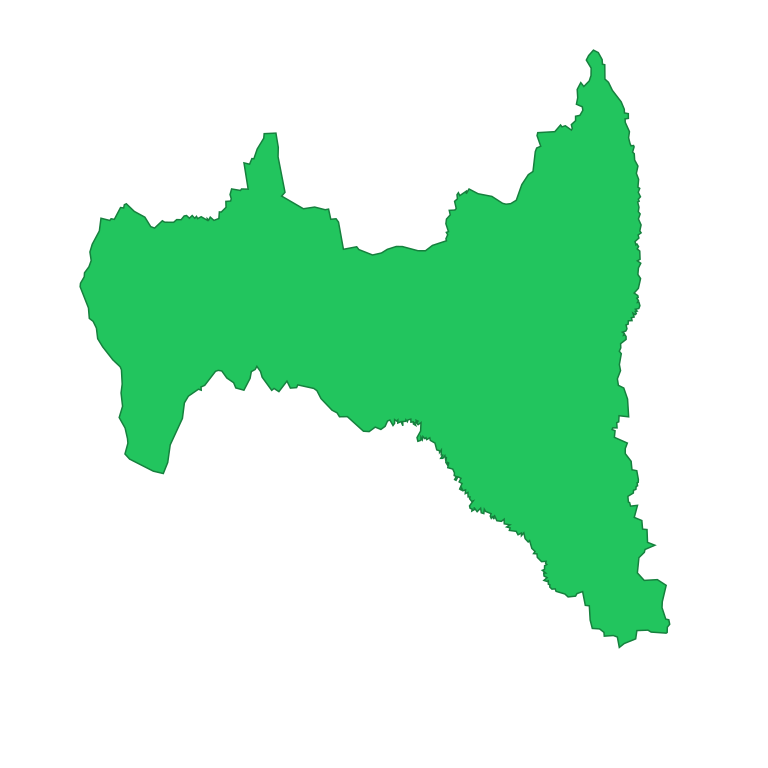 outline of Na Bon, Nakhon Si Thammarat, Thailand, rotated 171°
{"feature_id": "78962969B4441489097555", "entity_name": "Na Bon", "entity_type": "district", "adm_level": 2, "iso_a3": "THA", "parent_name": "Thailand", "parent_adm1": "Nakhon Si Thammarat", "projection": "equal_earth", "projection_center": [99.547, 8.282], "detail": "fine", "context": "isolated", "style": "filled", "palette": "green", "viewbox_px": 768, "rotation_deg": 171, "n_neighbors": 0, "source": "geoboundaries", "source_scale": "gbopen_adm2", "svg_char_len": 6159}
<svg xmlns="http://www.w3.org/2000/svg" viewBox="0 0 768 768"><g transform="rotate(171 384 384)"><path d="M246.5,152.3L238.2,148.3L235.5,144.9L228.0,144.5L226.2,146.8L220.3,147.9L219.8,133.9L215.9,132.8L217.3,118.6L216.5,110.0L209.4,108.4L205.6,104.3L205.9,100.5L196.8,99.7L193.1,97.6L192.8,87.0L187.3,90.1L175.3,92.9L172.8,100.9L161.8,99.6L159.0,97.2L144.3,93.8L143.2,94.3L142.2,99.5L139.4,102.0L139.6,106.6L142.5,107.7L144.4,119.6L143.2,125.4L136.8,141.0L144.6,148.0L157.7,149.3L163.3,157.8L159.4,172.6L153.2,177.0L152.1,179.7L141.7,182.4L148.5,186.4L147.0,199.1L151.3,200.2L150.7,208.8L157.7,213.1L152.6,224.5L159.6,224.8L160.0,228.5L161.1,229.1L160.7,234.9L154.8,237.3L154.2,240.0L151.7,240.5L151.0,243.3L149.5,243.8L149.5,246.8L148.3,247.1L147.7,249.9L147.9,258.8L152.5,260.5L152.0,269.0L156.6,277.5L155.8,282.5L152.9,287.6L164.8,295.3L163.1,301.7L165.9,303.4L164.8,304.9L160.7,304.2L160.2,309.4L158.1,309.9L156.8,315.9L147.5,313.3L145.8,331.0L147.8,342.5L152.7,346.0L152.7,352.6L148.3,360.2L148.5,366.4L144.9,376.8L146.5,379.6L144.5,382.6L144.0,386.8L137.9,390.2L137.5,393.1L138.3,394.8L139.8,394.6L138.7,396.3L140.4,397.9L136.9,398.5L135.4,400.5L135.7,404.5L133.5,404.9L132.8,408.2L129.1,407.8L129.3,410.8L126.5,411.0L127.0,415.0L125.2,413.2L123.8,414.0L124.5,416.3L122.6,416.4L124.0,418.5L120.5,418.7L119.0,421.3L119.4,424.9L120.9,424.9L119.6,426.6L120.9,429.2L119.4,429.8L119.5,431.6L122.7,434.7L117.8,438.7L114.1,448.0L116.1,452.5L114.5,458.9L111.5,463.1L114.5,466.0L111.6,467.1L110.6,475.3L112.8,477.8L111.1,479.9L112.3,482.7L113.4,482.0L113.8,485.4L109.4,488.3L109.7,491.4L106.4,493.1L107.4,495.2L105.2,500.9L106.9,507.2L104.4,511.9L105.9,514.4L104.5,518.7L105.0,524.1L103.4,524.6L103.9,526.8L101.4,528.8L102.9,533.6L100.8,537.2L102.4,538.7L100.5,546.3L101.8,552.6L99.1,559.5L101.4,566.0L100.8,572.3L102.2,574.1L99.9,579.1L100.2,580.5L102.7,580.6L103.4,583.0L103.9,589.0L102.1,594.8L104.8,604.7L104.4,608.1L101.1,608.1L100.4,612.8L104.1,614.1L103.7,617.8L105.6,625.6L112.5,638.3L115.1,646.9L118.1,650.6L116.0,664.8L118.2,665.7L117.8,670.3L120.5,677.8L124.9,681.0L130.5,676.4L133.5,672.3L130.0,663.6L131.3,656.2L133.9,651.2L140.1,646.6L142.5,650.9L147.1,644.7L147.9,636.4L150.2,630.2L144.8,626.8L144.8,623.2L148.5,618.7L152.9,618.5L153.6,614.1L158.4,610.9L158.1,606.9L159.2,605.5L164.5,610.7L168.0,610.1L169.1,612.2L175.8,606.5L192.8,608.2L194.0,605.4L192.0,594.3L196.3,593.2L198.2,589.9L203.6,570.6L208.7,568.2L216.7,559.4L224.6,544.8L230.6,542.3L235.3,542.5L238.6,543.9L248.1,552.4L261.3,557.2L269.5,563.3L273.0,559.0L272.5,561.6L279.7,558.2L280.6,561.3L282.3,559.5L282.5,555.4L285.7,553.4L285.2,546.0L286.8,544.7L292.4,545.3L292.1,540.7L296.5,537.1L297.8,532.6L296.5,524.4L298.7,524.0L297.7,521.5L300.1,517.8L299.9,515.7L314.5,513.3L322.2,509.1L329.6,510.3L344.4,516.9L350.4,517.9L359.6,516.5L366.0,513.8L375.1,513.2L387.8,520.7L389.5,523.8L403.0,523.4L403.6,551.0L405.5,554.7L410.8,555.0L411.4,565.4L414.8,565.3L424.8,569.6L436.2,569.7L455.7,585.6L451.8,588.8L453.1,625.0L451.4,634.2L451.5,648.7L463.2,650.0L464.3,645.6L472.5,635.9L477.3,626.8L479.2,627.3L482.4,622.1L487.7,624.3L487.7,597.7L494.2,598.9L495.5,597.6L504.0,600.5L506.4,595.2L505.9,590.8L506.9,588.7L511.6,589.1L512.4,583.2L517.8,579.3L519.7,579.7L521.2,573.3L526.4,572.2L529.5,576.0L531.6,573.2L532.7,574.9L532.9,573.4L538.4,577.8L542.2,576.5L543.0,578.9L545.0,577.3L547.1,580.4L550.3,578.2L552.7,581.3L555.1,581.2L558.7,578.0L563.0,578.8L566.5,576.6L575.3,578.1L577.4,579.9L586.2,573.9L589.8,575.9L594.1,586.2L603.6,593.5L610.3,602.3L612.4,601.7L613.6,598.6L616.6,599.5L624.6,588.8L627.7,589.9L629.2,588.4L637.6,592.0L641.2,579.7L650.3,567.7L653.8,560.4L653.9,551.7L657.1,545.9L662.4,540.7L663.3,536.8L668.0,531.0L668.9,527.6L664.0,505.4L664.8,494.9L661.5,491.4L659.3,484.2L659.7,473.5L656.0,464.6L648.0,450.2L641.9,442.3L641.1,439.1L642.6,424.9L645.1,416.3L645.7,402.9L650.8,392.3L646.6,381.0L645.9,370.2L646.2,365.6L650.8,355.4L647.0,349.6L625.5,334.0L616.0,330.1L609.9,340.3L604.7,357.3L588.5,381.5L584.1,396.6L579.1,402.6L568.1,407.9L565.5,406.5L565.2,409.7L561.3,410.7L548.4,422.9L545.6,423.4L542.2,422.3L538.3,414.5L532.3,408.8L531.0,403.3L523.3,399.8L515.4,410.5L513.1,417.0L509.0,418.5L506.8,421.3L504.0,415.6L503.3,409.8L495.9,395.3L493.3,396.8L489.0,392.9L479.4,402.0L477.1,394.6L470.9,394.1L469.3,396.6L454.0,390.6L451.3,387.9L448.5,379.4L439.4,366.2L434.9,362.9L433.1,358.6L425.3,357.5L411.7,340.6L406.1,339.3L399.4,342.8L394.2,339.6L389.5,342.0L386.3,346.9L383.8,347.5L381.6,341.6L379.7,343.5L379.1,347.2L377.2,345.4L376.0,346.3L376.5,343.3L373.0,344.2L371.9,339.8L371.4,344.0L368.7,343.8L368.0,345.3L366.9,343.1L365.9,344.8L363.0,345.1L363.4,342.1L361.0,342.0L361.2,339.9L359.2,338.2L359.7,340.9L358.0,341.3L358.0,343.2L356.2,342.0L357.8,340.1L356.7,338.5L353.5,340.1L355.2,331.8L359.8,325.9L359.5,322.1L356.4,322.6L355.8,325.8L354.8,323.0L353.8,326.0L352.2,323.7L350.9,324.4L350.5,322.4L347.2,323.7L347.1,321.1L342.9,317.7L342.2,310.7L339.6,309.4L339.8,307.8L337.7,309.9L338.6,305.0L337.2,304.5L339.6,301.7L337.5,301.4L335.1,303.7L335.0,300.1L333.7,302.2L335.2,296.9L334.3,294.8L333.4,296.6L332.5,295.9L334.1,291.4L329.4,289.2L328.3,285.2L329.0,282.6L327.1,281.3L329.2,278.6L327.9,277.6L325.5,280.8L322.7,278.8L325.1,275.6L322.5,273.5L325.7,268.4L324.3,267.2L323.5,268.8L322.8,266.2L320.0,266.7L320.9,263.0L318.1,263.8L318.6,259.3L316.7,259.0L317.4,257.3L315.7,254.3L314.2,254.6L318.6,250.2L318.4,247.8L316.5,246.6L317.1,244.8L314.4,245.8L314.4,248.0L312.0,243.3L308.0,246.2L308.1,241.6L305.7,240.4L304.5,244.6L303.5,242.2L298.5,239.2L299.7,236.9L299.1,234.6L297.9,235.9L296.3,233.3L296.6,235.8L295.4,236.6L293.9,231.3L289.5,230.0L286.5,231.7L287.1,227.1L281.6,225.2L285.2,223.6L281.9,222.1L283.1,219.8L276.5,217.8L275.2,214.1L271.6,215.3L272.0,212.7L269.2,215.1L268.8,209.2L266.3,205.4L264.7,206.5L263.7,198.5L261.0,195.0L262.8,193.1L259.5,192.3L259.7,188.8L256.2,183.9L251.6,183.5L252.4,181.7L251.4,180.3L253.8,179.4L254.5,175.7L256.8,175.2L253.9,172.0L255.8,172.2L256.0,169.3L253.2,167.2L256.8,165.0L252.9,163.0L252.4,164.8L253.0,160.5L251.6,159.8L252.0,157.5L250.2,155.1L247.0,154.9L246.5,152.3Z" fill="#22c55e" stroke="#15803d" stroke-width="1.5"/></g></svg>